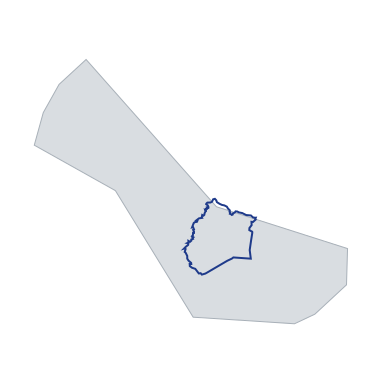 location of Yona, Guam, rotated 274°
{"feature_id": "77769853B72833595516841", "entity_name": "Yona", "entity_type": "district", "adm_level": 2, "iso_a3": "GUM", "parent_name": "Guam", "parent_adm1": "", "projection": "albers", "projection_center": [144.756, 13.405], "detail": "fine", "context": "in_parent", "style": "outline", "palette": "blue", "viewbox_px": 384, "rotation_deg": 274, "n_neighbors": 0, "source": "geoboundaries", "source_scale": "gbopen_adm2", "svg_char_len": 1733}
<svg xmlns="http://www.w3.org/2000/svg" viewBox="0 0 384 384"><g transform="rotate(274 192 192)"><path d="M146.4,351.1L110.2,352.6L78.7,323.1L67.7,303.4L67.2,201.9L188.0,115.5L227.7,31.4L260.8,38.1L290.1,51.9L316.8,77.1L179.0,217.4L146.4,351.1Z" fill="#d9dde1" stroke="#a8b0b8" stroke-width="1"/><path d="M170.8,257.4L170.7,256.8L170.9,254.6L172.7,252.4L172.8,247.6L174.5,243.6L174.9,240.3L175.7,238.5L175.7,236.8L174.5,236.1L173.5,234.3L172.4,234.2L171.9,233.3L172.5,232.5L172.9,231.3L173.9,231.6L174.9,230.8L175.6,231.1L176.4,230.9L177.0,230.3L177.8,229.2L179.8,227.8L180.9,225.2L181.2,222.8L182.1,220.4L182.9,218.9L183.6,217.6L183.8,217.5L183.9,217.4L185.4,216.8L186.8,215.3L186.2,213.6L183.6,212.6L182.8,211.1L182.5,208.1L181.4,207.1L180.8,207.0L179.7,208.7L178.1,209.5L177.3,209.4L177.6,207.9L176.3,208.1L176.2,207.1L174.6,207.2L175.0,206.3L173.5,206.8L171.6,206.0L170.1,205.9L169.2,205.1L169.8,203.8L167.6,203.5L166.9,203.9L166.2,200.8L164.0,198.3L163.7,199.4L162.6,199.0L162.1,196.9L161.2,195.9L156.9,194.6L157.3,195.4L154.8,196.6L154.3,195.8L152.5,196.8L151.3,196.8L151.3,195.9L148.8,195.9L147.9,195.1L147.1,196.4L146.6,195.6L145.3,196.3L144.5,194.6L143.4,194.7L142.2,193.5L143.0,191.8L141.4,192.0L140.7,190.8L140.5,192.0L138.9,191.8L137.0,189.7L135.0,188.0L135.4,189.1L134.7,189.6L131.7,188.9L131.1,189.8L127.9,191.7L125.2,191.9L123.3,193.3L121.2,196.1L120.1,196.3L120.0,194.7L117.9,195.0L116.4,197.4L115.6,200.6L111.2,204.5L111.6,206.3L110.3,207.6L111.6,211.1L125.8,231.9L128.4,236.5L129.6,237.8L129.6,255.3L138.1,253.6L147.5,254.3L155.6,255.0L156.6,254.8L157.5,252.8L158.0,251.8L160.1,251.8L163.1,253.8L166.4,253.4L166.3,254.9L168.9,257.4L169.4,257.0L170.8,257.4Z" fill="none" stroke="#1e3a8a" stroke-width="2"/></g></svg>